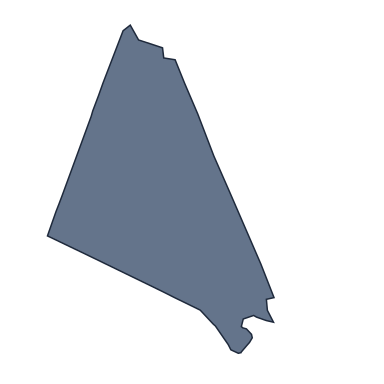 outline of Suffolk, Virginia, United States of America, rotated 110°
{"feature_id": "52423323B25569178497638", "entity_name": "Suffolk", "entity_type": "district", "adm_level": 2, "iso_a3": "USA", "parent_name": "United States of America", "parent_adm1": "Virginia", "projection": "natural_earth1", "projection_center": [-76.578, 36.74], "detail": "fine", "context": "isolated", "style": "filled", "palette": "slate", "viewbox_px": 384, "rotation_deg": 110, "n_neighbors": 0, "source": "geoboundaries", "source_scale": "gbopen_adm2", "svg_char_len": 745}
<svg xmlns="http://www.w3.org/2000/svg" viewBox="0 0 384 384"><g transform="rotate(110 192 192)"><path d="M73.5,253.1L75.7,264.4L66.6,269.0L67.4,294.2L56.3,307.1L64.0,311.9L120.1,312.9L133.4,312.8L149.7,313.0L155.5,312.6L239.4,312.8L248.5,312.9L256.9,313.1L282.7,312.8L287.6,263.0L295.4,187.8L295.4,187.7L297.2,172.3L300.2,143.9L300.9,142.5L308.9,126.8L309.9,124.2L319.3,111.0L322.9,105.9L327.0,101.5L327.7,93.3L326.2,91.0L325.9,91.1L317.8,88.1L313.7,86.5L308.4,85.5L305.4,87.4L302.0,94.1L302.3,97.7L301.6,99.6L293.8,100.4L289.3,94.8L286.9,91.8L287.5,88.7L287.4,78.3L286.5,70.9L277.4,80.7L267.4,85.4L263.2,78.8L236.2,102.6L180.0,155.8L150.8,183.7L116.8,213.2L92.4,236.1L73.5,253.1Z" fill="#64748b" stroke="#1e293b" stroke-width="1.5"/></g></svg>